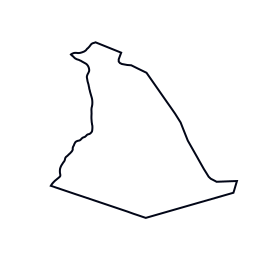 Majzar, Ma'rib, Yemen, rotated 164°
{"feature_id": "15242507B39058401263822", "entity_name": "Majzar", "entity_type": "district", "adm_level": 2, "iso_a3": "YEM", "parent_name": "Yemen", "parent_adm1": "Ma'rib", "projection": "orthographic", "projection_center": [44.889, 15.793], "detail": "fine", "context": "isolated", "style": "outline", "palette": "ink", "viewbox_px": 256, "rotation_deg": 164, "n_neighbors": 0, "source": "geoboundaries", "source_scale": "gbopen_adm2", "svg_char_len": 2995}
<svg xmlns="http://www.w3.org/2000/svg" viewBox="0 0 256 256"><g transform="rotate(164 128 128)"><path d="M138.9,38.9L135.7,36.7L92.5,36.7L91.0,36.7L90.1,36.7L88.7,36.7L88.3,36.7L49.6,36.7L46.8,36.7L44.5,36.7L44.0,37.5L42.8,39.3L42.5,39.8L37.9,47.0L43.9,48.5L57.7,51.9L59.0,53.2L62.4,56.4L63.9,58.9L65.1,63.2L66.4,67.7L69.1,79.0L69.2,79.5L74.0,99.4L75.2,111.4L75.9,118.8L78.8,128.8L81.2,135.9L83.3,141.9L95.0,176.0L101.9,182.2L107.6,187.4L111.4,188.8L116.2,191.2L117.8,192.6L118.3,193.7L118.6,194.4L118.0,196.6L113.8,202.3L135.6,219.3L136.5,219.2L137.5,219.2L138.5,219.2L139.5,219.0L140.4,218.6L141.2,218.0L142.0,217.4L142.8,216.8L143.7,216.3L144.5,215.8L145.3,215.5L146.2,214.9L147.0,214.3L148.1,213.9L149.1,213.6L150.2,213.5L151.4,213.4L152.3,213.4L153.4,213.4L154.4,213.6L155.4,213.8L156.3,214.2L157.1,214.5L158.0,214.8L159.2,215.0L160.5,214.9L161.3,214.8L162.4,214.5L162.6,214.4L162.3,213.8L161.8,213.0L161.2,212.2L160.8,211.5L160.2,210.4L159.7,209.6L159.0,208.9L158.4,208.3L157.7,207.8L156.9,207.3L156.2,206.8L155.5,206.1L154.8,205.6L154.1,204.8L153.5,204.2L152.8,203.5L152.7,203.4L152.1,202.8L151.1,201.8L150.3,200.9L149.7,199.7L149.3,198.5L149.1,197.1L149.1,195.8L149.3,194.4L149.7,193.4L150.4,192.5L151.0,191.8L151.4,191.4L152.1,190.7L152.7,189.9L153.2,189.1L153.5,188.4L153.6,187.9L153.7,186.8L153.8,185.8L153.9,184.9L154.0,183.9L154.0,182.9L154.0,181.6L154.0,180.6L154.1,179.5L154.2,178.6L154.2,177.6L154.4,176.5L154.4,175.5L154.4,174.4L154.5,173.4L154.5,172.5L154.5,171.4L154.5,170.5L154.5,169.6L154.5,168.6L154.5,167.5L154.5,166.6L154.6,165.5L154.7,164.7L154.9,163.7L155.1,162.8L155.4,161.8L155.7,160.9L156.0,160.1L156.4,159.3L156.8,158.5L157.3,157.7L157.7,156.8L158.0,155.9L158.2,155.5L158.3,154.9L158.5,154.1L158.8,153.0L159.0,152.1L159.3,151.2L159.6,150.3L159.9,149.4L160.2,148.4L160.5,147.3L160.7,146.4L160.9,145.4L161.1,144.4L161.3,143.4L161.4,142.3L161.6,141.2L161.6,140.3L161.8,139.3L162.1,138.2L162.4,137.3L162.7,136.5L163.1,135.5L163.6,134.6L164.3,134.0L165.1,133.5L165.9,133.1L166.8,132.9L167.7,132.9L168.7,132.9L169.5,132.6L170.3,132.1L171.3,131.6L172.1,131.3L173.0,131.3L174.0,131.2L174.9,130.9L175.8,130.4L176.6,129.9L177.5,129.5L178.5,129.4L179.4,129.5L180.4,129.5L181.5,129.3L182.3,129.0L183.0,128.4L183.7,127.7L184.3,127.0L184.9,126.1L185.7,125.4L186.4,124.5L186.8,123.6L187.0,122.7L187.5,121.9L188.1,121.3L188.9,120.7L189.8,120.2L190.5,119.7L191.4,119.3L192.2,118.9L193.1,118.4L193.8,118.0L194.8,117.6L195.7,117.2L196.5,116.5L197.0,115.7L197.4,114.9L198.0,114.1L198.7,113.4L199.6,112.8L200.4,112.1L201.3,111.3L202.1,110.6L202.8,109.9L203.3,109.3L203.9,108.5L204.5,107.6L204.9,106.7L205.3,105.6L205.6,104.5L205.8,103.5L205.9,102.3L206.0,101.4L206.4,100.5L207.1,99.9L208.0,99.5L208.8,99.1L209.8,98.7L210.7,98.3L211.6,97.9L212.6,97.5L213.5,97.0L214.4,96.5L215.2,96.0L216.0,95.5L216.3,95.2L216.7,95.0L216.9,94.8L218.1,93.7L196.0,78.4L192.9,76.3L176.5,65.0L160.4,53.9L151.7,47.9L146.3,44.0L141.9,41.0L138.9,38.9Z" fill="none" stroke="#020617" stroke-width="2"/></g></svg>